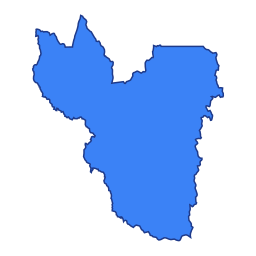 Campo Novo de Rondônia, Rondônia, Brazil
{"feature_id": "56859067B44422974522674", "entity_name": "Campo Novo de Rondônia", "entity_type": "district", "adm_level": 2, "iso_a3": "BRA", "parent_name": "Brazil", "parent_adm1": "Rondônia", "projection": "equal_earth", "projection_center": [-63.833, -10.498], "detail": "fine", "context": "isolated", "style": "filled", "palette": "blue", "viewbox_px": 256, "rotation_deg": 0, "n_neighbors": 0, "source": "geoboundaries", "source_scale": "gbopen_adm2", "svg_char_len": 5710}
<svg xmlns="http://www.w3.org/2000/svg" viewBox="0 0 256 256"><path d="M190.6,237.4L190.3,235.6L190.5,233.4L191.4,230.7L191.8,229.6L192.3,228.9L192.9,227.3L191.4,226.3L191.3,223.9L190.8,222.8L189.0,220.4L188.7,218.1L188.6,216.3L189.7,215.0L189.3,211.8L190.1,209.9L190.2,208.8L189.9,204.9L191.5,205.9L192.2,206.7L193.1,206.3L193.8,205.2L194.6,204.5L196.1,204.0L196.6,202.8L195.9,201.9L195.6,197.2L196.5,196.4L197.1,195.2L197.1,194.1L196.2,191.1L195.2,188.5L195.2,187.2L195.9,185.9L195.8,184.5L194.2,181.4L194.1,180.1L194.7,178.0L194.3,176.6L194.5,175.1L196.1,174.1L196.8,172.7L198.2,171.1L198.7,170.0L197.7,167.2L197.5,165.9L199.5,165.7L200.3,164.6L200.0,162.1L200.6,160.8L201.4,160.4L202.0,159.4L201.9,158.2L200.5,158.2L199.0,157.1L198.2,156.1L197.7,153.8L197.6,151.9L196.1,149.2L195.2,146.6L195.4,145.4L197.1,144.0L197.7,143.2L197.1,141.8L196.2,140.9L195.5,139.6L196.3,138.9L197.7,138.6L198.5,138.4L200.6,138.6L201.3,137.7L200.8,137.0L200.5,135.8L200.5,134.4L200.0,131.5L199.4,130.6L199.8,129.8L200.5,129.0L202.1,126.1L202.1,125.1L201.6,124.2L202.2,120.9L202.0,120.0L201.3,119.2L201.2,117.6L203.0,117.1L204.0,115.7L205.3,115.7L207.7,117.6L208.9,116.8L209.9,118.2L210.6,120.3L211.5,120.1L212.0,118.7L212.5,116.3L212.5,115.1L211.8,114.4L211.0,112.3L210.0,110.5L208.2,111.2L207.6,110.3L206.0,107.3L206.1,106.0L207.0,105.8L209.3,106.6L210.0,105.8L210.7,100.8L212.7,98.6L212.4,97.4L211.5,96.6L212.6,96.4L213.9,97.0L215.5,97.3L217.8,95.5L219.3,95.1L219.9,96.6L220.5,97.3L221.7,96.9L222.8,96.9L223.3,95.9L223.2,93.3L222.3,91.4L222.6,88.0L220.8,87.7L219.2,87.9L218.4,87.2L218.2,86.0L216.9,83.4L216.7,81.8L216.0,80.0L216.7,78.0L216.3,76.3L214.9,75.4L216.2,70.4L217.1,70.0L218.3,70.1L218.5,68.9L218.3,68.0L218.9,65.7L217.6,64.0L216.2,59.6L215.9,57.2L216.5,56.2L216.9,54.6L216.5,53.4L215.9,52.6L213.9,53.0L212.6,53.1L211.7,52.3L210.7,51.9L209.3,50.4L208.2,49.7L206.4,49.5L205.5,48.9L204.8,48.4L203.2,46.4L161.1,46.4L160.5,45.2L159.7,45.2L158.5,45.9L157.4,45.7L156.5,46.6L153.6,45.5L153.6,47.4L153.1,50.7L152.6,51.5L152.9,54.5L153.3,56.3L153.1,57.5L151.9,57.5L149.8,59.6L148.7,60.4L146.9,60.2L145.7,61.8L145.2,63.0L145.3,66.7L145.8,70.6L145.2,71.7L144.0,71.9L143.2,71.6L142.2,72.5L141.1,73.1L138.3,71.5L137.1,71.1L134.6,72.4L133.5,72.7L132.7,73.9L132.8,76.0L130.5,80.1L128.0,81.2L126.6,81.6L125.3,83.4L124.5,83.3L123.4,81.7L111.8,83.2L113.0,78.2L113.0,77.0L112.4,74.1L112.5,70.6L112.4,69.4L111.6,68.1L111.7,67.1L113.0,65.0L113.2,62.4L112.6,61.5L111.6,61.6L110.4,61.4L109.1,58.8L106.1,56.9L105.5,56.0L104.6,56.0L104.1,54.8L104.6,51.9L104.4,49.6L103.3,47.4L102.8,46.8L101.0,45.7L100.4,44.4L100.1,43.0L98.9,41.1L97.3,41.5L96.3,41.2L95.7,39.1L94.4,37.4L91.2,31.8L90.4,31.5L87.2,28.5L86.9,27.7L86.6,26.5L86.1,25.5L85.9,24.6L86.7,21.6L86.0,20.0L83.4,17.8L82.6,16.3L80.7,15.4L80.1,18.8L78.9,21.4L78.3,23.4L78.0,26.0L77.4,28.5L76.8,30.5L74.8,36.1L74.5,38.2L73.8,40.1L72.6,45.5L72.5,47.0L65.2,47.1L65.0,45.9L64.3,44.3L63.4,43.8L62.4,43.7L61.4,44.2L60.5,44.3L59.6,43.6L57.8,40.9L56.7,38.6L56.4,37.1L55.0,35.2L54.3,33.5L53.5,33.3L52.2,33.7L50.1,35.2L49.3,32.9L47.2,31.7L44.6,31.7L43.8,32.0L42.5,31.2L40.8,31.5L40.1,30.3L39.0,29.6L36.9,29.1L36.1,29.4L36.2,30.7L35.9,32.2L36.1,33.4L35.8,36.3L36.7,36.1L37.8,35.5L38.3,36.2L38.5,38.4L38.0,39.0L38.5,42.0L38.0,43.6L39.5,45.3L39.6,48.5L40.3,49.7L41.0,53.6L40.5,55.5L39.6,56.2L39.5,57.8L39.1,59.5L37.6,62.6L37.4,63.6L36.4,64.9L35.7,64.7L34.7,64.9L34.0,65.5L33.4,66.6L33.5,67.7L32.7,68.9L33.0,70.6L33.8,71.6L34.2,74.5L33.6,76.6L33.5,78.9L33.9,80.3L34.4,81.2L35.5,82.4L37.5,83.1L38.3,84.9L39.0,85.5L39.2,86.9L40.1,87.2L40.0,88.3L40.3,89.2L41.1,90.5L41.4,91.4L42.2,92.3L42.8,93.6L42.6,94.6L42.8,95.5L42.4,96.4L44.3,97.1L45.1,96.7L45.7,97.5L46.5,97.9L46.9,99.2L48.0,99.4L48.8,99.0L49.7,99.8L49.9,102.5L52.1,104.5L52.0,105.5L52.5,106.7L54.3,107.2L53.8,109.2L54.9,109.2L56.0,110.5L56.8,110.5L56.9,108.3L58.0,108.6L58.7,110.0L61.0,111.0L61.3,112.2L63.0,111.6L64.2,114.5L64.9,115.2L64.9,116.3L65.9,116.5L67.1,117.7L68.2,116.9L68.9,117.4L69.5,118.6L72.2,119.8L73.8,117.6L74.6,118.6L76.5,118.7L77.6,118.6L78.3,117.9L79.1,118.1L79.9,117.2L81.0,117.0L81.7,117.8L82.2,118.9L82.9,118.6L85.5,120.3L85.3,124.5L85.7,125.6L86.4,126.8L87.2,126.9L88.0,127.9L89.4,128.6L89.7,130.9L90.2,132.2L90.8,132.7L91.6,132.7L93.3,133.4L93.9,134.6L95.1,135.8L94.5,137.0L92.6,136.5L91.6,136.9L91.2,138.3L90.5,139.5L91.3,140.3L90.7,141.6L89.2,142.7L88.1,144.0L87.2,144.6L86.3,143.5L85.4,143.4L85.2,144.7L85.7,146.6L85.7,147.6L84.8,149.0L84.0,149.8L84.0,153.4L83.6,156.6L85.1,159.9L86.3,161.2L86.6,162.1L87.4,162.7L89.9,163.8L90.2,164.6L89.7,165.8L91.0,168.4L90.5,171.8L91.3,172.5L91.6,171.3L93.0,169.5L92.6,168.2L93.9,168.1L96.1,168.6L97.1,169.2L98.2,169.2L98.5,170.7L100.1,171.0L101.3,171.9L103.4,172.3L104.7,174.8L104.5,176.8L105.2,177.1L104.5,179.5L103.9,180.8L104.6,183.1L106.3,184.1L106.8,185.7L107.8,186.3L108.5,187.7L108.7,188.8L108.8,190.5L110.4,191.1L110.6,192.9L111.2,193.8L111.5,196.0L111.0,198.5L111.6,199.0L112.2,201.7L112.7,203.5L112.1,204.6L112.5,206.4L112.1,207.6L112.6,208.8L112.2,209.7L112.2,210.8L114.7,211.5L115.4,211.8L116.3,213.1L116.3,214.8L117.2,215.4L117.5,216.7L118.7,216.8L120.9,218.1L121.0,216.9L121.7,217.0L122.5,218.0L123.1,219.3L123.6,221.6L124.2,220.7L125.6,220.3L126.6,220.8L126.9,221.8L127.2,223.2L127.9,224.1L128.9,224.3L130.9,226.0L133.4,227.4L134.5,226.2L136.2,225.1L139.7,226.0L141.6,229.7L142.9,230.4L144.4,232.7L148.4,231.7L149.8,233.9L150.2,235.3L152.1,235.8L153.1,236.8L156.1,237.3L156.8,237.9L157.5,239.1L158.9,240.0L160.7,239.6L164.2,237.8L165.9,237.9L168.9,239.1L170.9,239.6L174.1,239.1L174.9,239.3L176.1,240.0L178.3,240.6L179.2,240.6L180.2,239.9L181.7,236.4L182.6,235.7L185.6,234.9L186.3,234.9L187.9,235.5L190.6,237.4Z" fill="#3b82f6" stroke="#1e3a8a" stroke-width="1.5"/></svg>